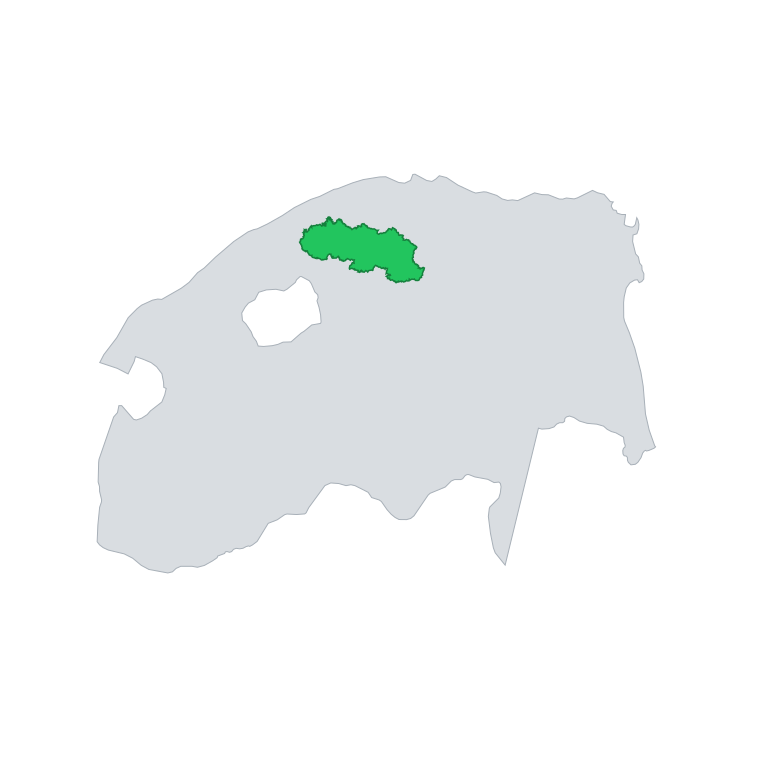 location of Chris Hani, Eastern Cape, South Africa, rotated 197°
{"feature_id": "47623444B97098873518332", "entity_name": "Chris Hani", "entity_type": "district", "adm_level": 2, "iso_a3": "ZAF", "parent_name": "South Africa", "parent_adm1": "Eastern Cape", "projection": "orthographic", "projection_center": [27.423, -31.861], "detail": "fine", "context": "in_parent", "style": "filled", "palette": "green", "viewbox_px": 768, "rotation_deg": 197, "n_neighbors": 0, "source": "geoboundaries", "source_scale": "gbopen_adm2", "svg_char_len": 9798}
<svg xmlns="http://www.w3.org/2000/svg" viewBox="0 0 768 768"><g transform="rotate(197 384 384)"><path d="M535.5,140.1L554.6,137.9L563.1,139.6L573.3,143.9L582.8,145.6L599.1,144.6L604.7,145.4L609.0,147.0L612.2,149.3L616.4,165.5L619.9,183.0L619.7,188.5L620.2,190.7L624.6,198.2L626.1,202.8L628.7,206.7L633.9,225.4L634.5,228.6L632.9,273.4L630.5,278.7L631.2,285.8L628.5,286.6L613.1,277.0L610.3,277.2L605.8,280.4L601.5,285.5L599.5,290.0L591.2,301.8L590.5,309.5L591.0,316.1L593.6,316.4L595.3,321.2L599.4,328.9L606.5,334.0L613.1,336.4L622.4,337.3L629.7,337.5L629.5,332.4L631.7,318.8L643.9,321.0L662.1,321.4L660.5,330.2L653.1,350.1L648.0,372.7L642.1,383.9L638.9,388.5L629.9,396.5L625.2,399.1L621.3,399.9L605.9,416.3L600.1,424.2L594.8,436.0L589.8,442.4L582.2,456.1L569.3,476.4L558.5,489.7L553.8,493.5L550.6,495.3L542.2,503.0L530.4,515.4L521.3,526.5L508.0,539.1L500.3,544.6L488.8,555.5L485.6,557.1L472.8,567.2L463.6,573.4L448.8,580.7L442.9,582.7L428.8,581.0L422.9,582.1L418.1,586.5L417.7,592.8L415.7,593.7L402.7,591.1L397.4,591.7L394.4,595.1L392.0,599.3L384.6,599.7L371.4,595.8L355.8,593.6L352.2,593.4L344.9,596.9L342.3,597.5L331.3,597.3L325.2,595.5L319.4,595.7L315.1,597.6L309.7,598.5L295.9,610.8L288.4,611.3L282.1,613.0L270.6,612.1L267.2,613.0L264.0,615.2L256.3,616.6L253.4,618.6L241.2,630.1L235.7,629.3L229.0,629.7L220.9,624.6L218.0,625.1L218.7,623.4L218.7,620.4L215.7,617.5L212.7,617.9L210.9,615.5L206.3,615.6L202.6,616.7L201.0,606.9L199.1,606.1L194.5,606.2L192.3,606.7L191.3,607.7L190.3,610.1L190.9,616.9L189.1,615.1L186.9,611.2L185.9,606.8L186.1,601.6L189.4,599.3L187.9,592.9L181.4,582.0L177.9,579.9L174.8,574.3L172.0,572.4L170.5,568.4L167.7,565.4L166.3,560.3L167.5,557.3L169.6,555.5L172.1,557.8L174.8,556.6L178.5,552.5L180.4,546.6L179.8,537.6L178.7,532.0L174.2,517.7L172.4,514.5L164.3,504.7L154.6,491.5L141.8,470.4L135.5,457.7L125.2,431.8L116.9,417.4L107.1,404.1L105.9,403.3L107.0,401.5L111.4,397.8L113.4,396.7L114.5,397.0L115.5,396.0L116.4,393.7L116.7,388.6L118.4,383.2L120.2,380.7L124.2,378.9L127.4,380.5L128.9,382.3L129.7,384.8L131.1,385.9L133.4,385.6L135.0,387.0L136.2,390.2L136.2,392.5L135.1,394.1L135.4,395.9L137.2,398.2L139.4,403.2L148.0,405.1L152.7,405.0L157.3,405.9L161.7,407.9L168.7,407.8L178.2,405.8L186.2,405.7L192.6,407.5L197.2,407.6L199.9,405.9L201.0,403.8L200.4,401.1L201.7,399.3L204.8,398.3L207.2,396.1L208.9,392.6L213.1,389.6L219.9,387.0L223.4,386.9L215.2,246.2L228.3,255.1L231.5,259.3L238.4,272.1L245.5,287.9L246.9,295.7L246.8,297.4L240.9,308.5L240.9,313.7L242.0,319.9L243.6,322.9L245.5,323.8L249.9,321.9L256.9,323.2L269.9,321.7L276.5,322.2L278.2,321.6L279.6,320.2L281.1,316.4L282.6,315.1L288.6,313.2L291.3,310.9L295.3,303.4L308.0,292.9L309.4,290.5L316.8,266.7L319.2,263.2L322.8,260.9L330.0,258.8L334.3,259.6L339.0,261.5L344.3,264.7L352.2,270.9L354.8,271.7L362.6,271.8L367.5,275.8L382.0,278.3L386.2,278.0L390.6,275.7L398.1,275.6L406.0,273.8L410.8,269.6L419.8,243.8L420.8,238.1L421.8,236.6L429.5,233.6L438.8,231.3L440.7,230.1L446.4,222.9L454.0,216.9L459.3,196.4L462.8,191.6L464.9,189.5L466.3,189.5L468.3,188.2L470.8,185.7L473.8,184.2L477.4,183.6L479.6,181.9L480.7,179.2L482.5,177.9L485.1,177.9L486.6,177.1L486.9,175.3L492.7,170.9L492.8,169.1L496.2,164.8L502.7,158.0L508.8,154.2L514.5,153.5L525.1,150.2L528.9,146.9L531.4,142.5L535.5,140.1ZM515.0,443.0L524.0,439.6L530.6,435.1L532.2,426.8L537.3,421.7L539.3,416.9L540.8,410.3L537.9,403.3L533.8,401.2L526.3,395.1L523.1,391.0L518.6,387.6L515.4,383.5L510.1,384.7L502.0,388.0L497.0,390.9L492.8,394.5L485.2,397.1L478.2,408.4L475.9,411.0L470.4,419.3L462.4,423.4L462.3,424.9L464.9,431.7L468.6,438.4L472.4,443.9L472.2,447.3L473.5,450.0L477.0,451.8L482.8,458.7L485.6,460.9L494.4,462.6L495.7,462.2L498.1,458.1L498.5,455.2L504.4,446.4L507.0,443.7L515.0,443.0Z" fill="#d9dde1" stroke="#a8b0b8" stroke-width="1"/><path d="M505.1,508.4L504.7,508.0L505.1,507.7L504.2,506.9L504.3,506.7L504.6,506.9L505.1,506.6L504.9,506.5L505.0,505.9L504.6,505.6L505.3,505.2L504.9,505.1L504.9,504.8L504.6,504.6L504.9,504.0L504.4,503.7L504.4,503.2L503.8,503.0L503.6,502.5L504.1,501.7L503.5,501.6L503.9,501.5L503.9,501.1L504.2,500.9L503.7,500.5L504.2,499.2L505.2,498.5L505.5,498.7L506.1,498.0L505.9,497.2L505.7,497.2L505.9,496.6L505.6,495.8L506.2,495.0L505.6,494.3L504.5,493.7L504.2,493.0L503.3,492.5L502.9,491.5L501.9,490.2L502.0,489.3L501.2,489.1L500.8,488.5L500.2,488.6L499.4,488.1L498.4,488.4L498.5,488.0L497.7,488.0L497.3,487.7L497.0,488.5L496.3,488.9L495.3,487.5L494.2,486.4L493.6,486.3L493.3,485.6L491.4,485.4L490.6,485.9L490.5,485.1L489.5,484.2L487.6,484.3L487.4,484.6L486.6,484.2L485.8,484.2L485.5,484.9L485.0,485.4L484.0,485.2L484.1,484.7L483.2,485.1L481.3,485.0L480.7,484.5L479.5,484.4L478.9,485.2L478.1,485.1L476.9,486.1L475.6,486.2L475.0,487.1L475.8,487.9L475.3,490.9L474.2,492.4L473.5,492.3L472.7,492.6L472.1,491.0L471.4,490.9L470.8,489.7L470.3,490.0L470.5,490.8L470.0,491.0L469.8,489.4L466.5,490.5L465.1,492.8L464.6,492.6L464.1,491.5L463.6,491.7L462.9,490.7L463.0,490.3L462.3,489.6L461.3,490.3L460.0,489.5L459.5,490.3L458.6,489.6L456.9,490.9L457.0,491.7L456.0,492.3L455.8,493.2L454.4,493.1L452.3,492.5L451.9,493.6L450.9,493.8L450.3,493.3L448.7,494.0L448.6,492.0L448.0,490.8L449.7,490.8L450.0,490.0L449.8,488.8L451.2,487.1L451.0,484.6L450.5,483.8L448.5,485.3L446.8,484.9L446.2,485.6L445.2,485.2L445.3,484.5L441.9,485.1L441.4,484.4L441.8,483.6L440.3,483.7L440.0,483.6L439.6,484.1L439.5,484.6L439.7,484.8L439.6,485.1L439.3,484.8L438.9,486.1L437.6,485.5L437.7,484.9L435.6,485.2L434.5,487.2L433.2,486.8L432.3,486.3L431.9,487.9L429.0,489.4L428.3,489.2L427.9,489.5L428.1,491.3L428.0,492.4L427.5,493.0L427.6,493.4L426.8,495.0L425.4,494.7L425.3,494.9L423.2,494.2L421.8,494.7L420.3,493.8L419.2,494.3L418.9,495.0L418.3,495.1L417.8,494.4L417.0,494.6L416.5,494.1L416.4,494.7L415.9,495.1L416.0,495.3L415.4,495.1L414.5,495.5L414.2,493.8L414.5,493.0L414.2,490.1L413.6,490.7L411.8,490.2L410.2,490.5L409.6,489.8L410.6,489.0L411.3,489.2L411.9,489.1L413.3,487.6L412.1,487.2L411.2,486.3L411.3,485.9L410.7,486.0L410.2,486.8L409.7,486.8L409.1,486.0L409.4,485.8L408.0,485.1L406.6,486.1L404.5,485.2L404.3,485.6L403.7,485.5L403.8,485.3L402.1,484.4L401.6,484.8L401.8,485.0L401.6,485.4L401.2,485.3L400.8,485.7L400.5,486.3L400.0,486.0L399.9,486.5L399.2,486.3L398.2,487.1L397.7,487.3L397.3,486.9L396.9,487.6L395.1,487.3L393.7,488.2L392.8,489.6L392.5,489.3L391.7,489.4L390.2,490.0L390.5,491.7L389.3,491.1L388.1,492.4L386.0,492.8L385.6,493.2L385.4,492.9L384.0,492.3L381.8,492.9L380.9,493.7L380.6,496.1L379.4,496.8L379.8,497.2L379.6,498.6L378.9,499.5L379.6,500.8L379.4,504.8L379.2,504.8L379.3,506.7L380.7,506.9L381.5,506.0L381.5,505.7L382.8,505.5L383.0,504.7L383.6,504.1L383.1,504.9L383.4,505.2L384.1,505.1L383.6,505.5L385.7,506.1L385.5,507.0L386.5,507.6L387.1,507.5L387.3,507.5L387.3,507.9L387.9,507.9L387.6,508.4L388.9,507.6L390.4,508.8L390.7,509.5L391.3,509.7L392.0,509.4L392.3,510.8L392.7,510.6L393.0,511.2L392.8,511.3L393.3,511.6L393.7,513.0L393.0,513.6L393.7,515.0L394.0,516.0L393.6,517.8L393.9,518.5L394.2,518.4L394.6,519.9L394.1,520.5L394.2,521.2L393.7,521.9L393.7,522.5L393.3,522.2L393.0,522.4L392.8,523.1L392.6,524.3L393.2,525.0L394.1,525.1L395.1,525.7L395.9,525.4L396.4,525.5L396.6,525.9L397.3,526.0L397.6,526.5L398.3,526.2L400.0,526.8L401.3,528.3L401.9,528.1L402.8,528.5L402.8,528.9L403.4,528.6L404.9,528.8L405.9,527.6L407.7,527.3L407.6,528.6L408.3,528.8L409.1,529.9L409.5,529.9L408.9,531.4L409.6,531.8L412.0,531.3L412.6,530.7L413.3,530.6L414.6,533.0L415.6,532.7L416.2,532.9L416.9,533.8L417.3,534.8L418.4,534.5L418.7,535.4L421.5,536.0L421.9,533.6L423.1,534.1L424.8,534.0L425.4,532.8L425.2,531.9L426.4,530.8L426.5,529.9L426.8,529.2L427.5,528.8L428.3,528.8L429.4,527.7L429.9,527.6L430.1,527.2L431.0,527.4L432.2,526.6L432.6,525.7L432.9,525.6L434.6,526.1L435.0,527.8L434.5,529.3L436.0,528.7L438.5,529.5L440.5,528.8L441.6,529.0L442.2,528.6L443.3,528.9L445.2,528.6L445.8,528.8L445.9,529.8L446.8,530.4L447.3,529.9L447.5,530.2L448.0,530.2L450.0,531.4L450.3,530.9L451.3,531.0L452.2,530.2L452.1,528.9L451.8,528.8L451.5,528.0L452.3,527.5L452.6,527.9L454.8,527.8L455.4,527.4L454.8,526.8L454.8,526.3L455.4,526.0L455.5,525.4L456.1,525.2L455.8,525.0L455.8,524.5L456.1,524.4L456.7,525.3L457.4,525.3L457.7,524.6L458.5,524.1L459.8,522.3L461.3,523.4L462.5,523.3L462.6,523.9L463.9,523.4L465.0,523.7L464.8,524.0L466.8,523.8L466.9,524.6L467.4,524.5L467.6,525.1L468.8,525.7L469.8,525.2L470.4,526.0L470.8,526.0L471.3,526.4L471.5,527.0L471.8,526.9L471.9,527.2L472.2,526.9L473.0,527.9L472.8,528.4L473.5,528.7L474.3,528.5L474.4,527.9L475.3,528.7L475.6,528.3L475.3,527.7L475.9,527.7L476.9,526.7L476.7,525.6L476.9,525.0L476.7,524.6L477.4,523.7L477.7,524.0L478.1,523.9L477.9,522.7L478.6,522.4L479.2,522.8L479.3,522.3L479.5,522.2L480.5,523.1L480.2,524.0L480.4,524.5L481.5,524.5L481.6,524.0L481.8,524.0L482.0,524.9L481.9,525.7L483.2,525.1L483.3,525.4L482.8,526.3L483.2,526.6L483.4,526.4L483.6,525.1L483.8,525.1L484.2,525.6L483.8,526.1L484.0,527.5L484.9,527.4L485.2,526.8L485.6,527.6L486.4,526.9L486.2,526.6L485.8,526.7L485.8,525.6L486.5,525.4L485.8,525.1L485.8,524.8L486.5,524.3L485.6,523.4L485.6,523.0L486.9,523.6L486.6,523.2L487.4,521.9L487.0,521.2L487.6,521.2L487.9,520.7L487.8,520.3L487.5,520.5L486.7,520.0L486.3,520.0L486.5,519.5L486.2,518.9L486.7,518.8L486.7,518.3L486.4,518.0L487.3,517.9L487.5,518.3L488.1,518.5L488.3,519.2L487.9,519.4L488.8,519.9L489.8,519.8L490.1,519.6L489.1,517.8L489.6,517.6L489.8,517.1L489.5,517.0L489.7,516.8L491.9,518.0L493.5,516.5L493.9,516.3L494.1,516.6L495.0,516.5L495.7,515.5L497.6,514.8L498.2,514.3L499.4,513.7L499.1,512.9L499.6,513.3L499.5,513.6L499.8,513.4L499.9,513.7L500.4,512.8L500.4,512.2L501.3,509.9L501.0,509.8L500.9,509.5L501.4,509.6L501.3,508.7L501.7,507.1L502.4,506.8L502.3,507.3L502.7,507.3L502.8,507.9L502.9,507.5L503.1,507.5L503.6,508.5L503.4,508.8L503.7,509.1L504.3,508.7L504.3,508.4L505.1,508.4Z" fill="#22c55e" stroke="#15803d" stroke-width="1.5"/></g></svg>